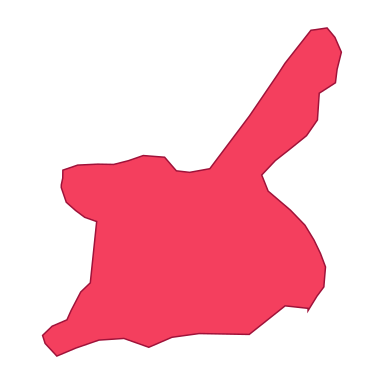 the district of Gimpo-si, Gyeonggi, South Korea, rotated 271°
{"feature_id": "91817680B93241302453804", "entity_name": "Gimpo-si", "entity_type": "district", "adm_level": 2, "iso_a3": "KOR", "parent_name": "South Korea", "parent_adm1": "Gyeonggi", "projection": "mercator", "projection_center": [126.643, 37.677], "detail": "fine", "context": "isolated", "style": "filled", "palette": "rose", "viewbox_px": 384, "rotation_deg": 271, "n_neighbors": 0, "source": "geoboundaries", "source_scale": "gbopen_adm2", "svg_char_len": 921}
<svg xmlns="http://www.w3.org/2000/svg" viewBox="0 0 384 384"><g transform="rotate(271 192 192)"><path d="M75.4,310.1L90.1,318.8L99.4,325.5L101.5,325.6L119.4,326.8L132.8,321.5L146.1,314.8L160.8,305.5L175.5,290.8L194.2,268.1L210.2,261.4L224.9,274.8L236.9,289.5L250.3,305.5L266.3,316.2L267.3,316.2L293.0,317.5L303.7,333.5L317.0,334.9L334.4,338.9L336.8,337.8L349.1,332.2L358.4,324.2L356.4,312.3L355.8,308.1L322.4,282.8L311.7,276.1L269.0,248.1L215.6,209.4L211.6,189.3L212.9,176.0L218.2,171.2L226.3,164.0L227.6,142.6L222.2,127.9L218.2,113.2L218.2,97.2L216.9,77.2L211.6,62.5L204.9,62.5L203.6,62.5L196.9,61.2L194.2,61.2L179.5,66.5L171.5,75.9L164.8,85.2L160.8,97.2L99.4,91.9L90.1,82.5L71.4,73.2L62.0,69.2L55.4,54.5L46.0,45.1L38.0,47.8L25.6,59.7L33.9,78.5L42.3,101.5L44.4,126.5L36.0,151.5L46.4,174.5L50.6,201.6L50.6,228.7L50.6,251.7L79.8,287.1L77.7,310.1L75.4,310.1Z" fill="#f43f5e" stroke="#9f1239" stroke-width="1.5"/></g></svg>